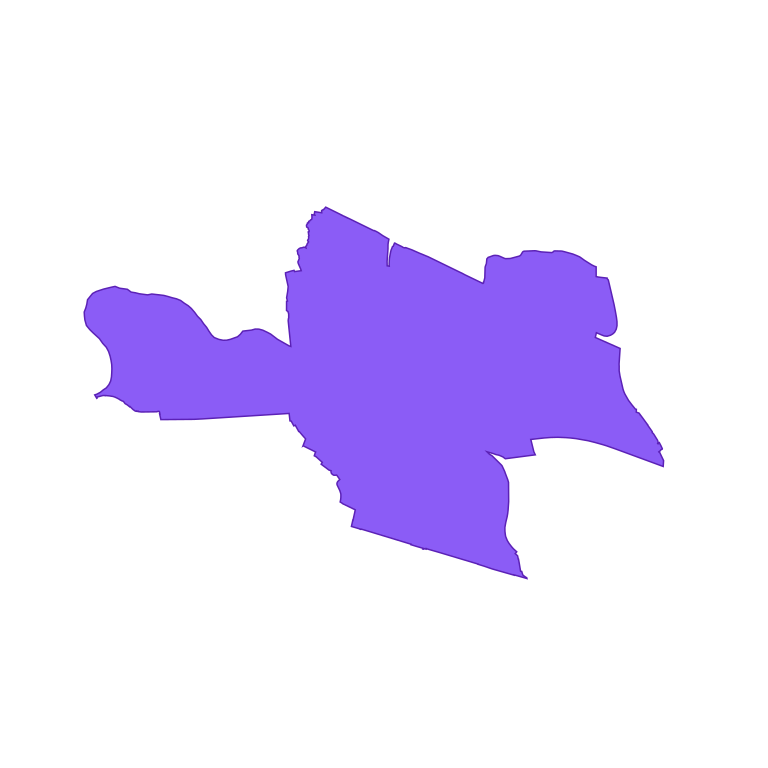 outline of Maasgouw, Limburg, Netherlands, rotated 55°
{"feature_id": "6326949B12614711390574", "entity_name": "Maasgouw", "entity_type": "district", "adm_level": 2, "iso_a3": "NLD", "parent_name": "Netherlands", "parent_adm1": "Limburg", "projection": "natural_earth1", "projection_center": [5.882, 51.158], "detail": "fine", "context": "isolated", "style": "filled", "palette": "violet", "viewbox_px": 768, "rotation_deg": 55, "n_neighbors": 0, "source": "geoboundaries", "source_scale": "gbopen_adm2", "svg_char_len": 6062}
<svg xmlns="http://www.w3.org/2000/svg" viewBox="0 0 768 768"><g transform="rotate(55 384 384)"><path d="M611.7,202.6L607.1,198.9L597.5,197.3L597.4,197.8L597.2,197.8L597.2,196.3L596.7,194.8L597.0,193.6L596.6,193.1L593.2,192.5L589.9,192.1L589.9,193.0L590.2,193.8L589.7,194.0L589.0,193.0L588.0,192.5L587.0,192.2L579.9,191.8L578.5,191.9L577.7,192.2L576.9,191.6L568.7,191.6L568.7,191.4L566.0,191.5L560.0,191.6L557.1,191.7L556.6,191.9L556.4,191.7L554.0,191.8L551.8,193.5L549.5,191.8L548.7,192.5L543.1,192.9L537.6,193.1L530.2,192.4L527.8,191.9L525.4,191.2L512.8,186.1L508.1,183.8L504.4,181.2L502.5,180.0L490.3,170.2L467.1,184.2L463.8,180.6L468.8,177.5L470.9,176.1L472.9,173.8L474.0,170.4L474.2,168.0L473.9,165.5L472.3,162.3L469.9,159.7L466.6,157.4L462.8,155.4L456.8,152.6L450.7,149.9L427.5,140.6L425.6,140.8L425.2,140.5L421.3,144.9L419.5,146.9L417.7,148.6L409.7,143.0L408.0,144.2L405.4,145.6L397.8,148.8L394.0,150.1L392.1,150.8L389.0,152.7L385.8,154.8L378.8,160.6L377.1,162.1L372.9,167.8L372.6,168.6L372.8,170.2L372.7,170.8L372.5,171.3L365.9,179.5L362.0,183.2L361.1,184.4L355.6,193.0L355.4,193.5L355.3,194.1L355.4,194.8L356.8,198.0L356.9,199.1L356.8,199.8L356.2,201.5L353.8,208.1L353.4,208.9L351.0,212.6L350.1,213.3L345.6,216.0L344.2,217.0L342.5,219.0L342.1,219.6L341.5,220.7L340.3,225.2L340.0,225.9L340.5,228.0L344.1,231.1L345.8,233.6L346.6,234.4L354.8,240.5L358.0,244.2L357.8,244.3L358.4,245.0L358.4,245.3L340.9,255.1L337.5,256.8L337.1,257.1L305.0,274.9L303.3,276.0L299.5,278.4L297.4,279.8L290.1,284.2L284.7,288.0L284.7,288.3L284.0,289.3L282.9,290.1L281.8,290.5L276.8,293.3L274.7,294.3L274.6,294.6L276.5,297.5L276.3,298.2L278.3,301.2L278.3,301.3L279.5,302.7L283.8,307.1L285.3,308.4L288.7,311.0L290.5,312.1L289.0,313.6L285.4,311.2L275.3,303.0L273.7,301.9L271.8,300.5L270.2,299.0L268.2,296.9L266.1,297.9L261.8,299.9L256.7,301.8L254.3,303.0L252.8,303.9L252.8,304.1L251.9,304.8L250.8,305.4L229.4,317.2L225.7,319.3L225.9,319.3L221.4,321.8L221.4,321.7L205.7,330.3L206.5,333.5L206.3,333.6L206.1,335.6L208.0,336.8L203.1,341.9L203.9,342.7L204.6,343.5L206.0,343.8L203.9,346.0L206.0,347.3L206.9,348.0L207.6,348.7L207.7,349.0L207.5,349.7L207.5,350.1L207.8,350.7L207.6,352.4L207.8,352.7L208.4,352.9L208.7,353.2L208.7,353.5L208.2,354.1L208.2,354.4L209.0,355.2L209.4,356.4L209.9,356.7L211.0,357.3L211.4,357.2L212.1,356.8L212.6,356.7L213.0,356.7L213.5,357.2L215.3,357.3L215.6,357.4L216.3,358.1L216.2,358.3L215.9,358.7L216.0,358.9L217.2,359.4L218.2,360.0L219.3,360.3L219.5,360.5L219.7,361.1L220.7,361.6L222.0,362.8L222.4,364.1L222.7,364.3L223.0,364.4L224.1,364.2L224.4,364.4L224.7,365.4L225.3,366.9L226.1,367.7L226.4,369.1L227.3,369.8L227.7,369.9L226.5,370.6L226.0,371.0L225.2,373.4L224.6,374.4L224.4,375.8L224.7,377.8L225.0,378.6L225.5,378.9L226.2,379.0L227.9,380.0L228.6,380.1L229.7,380.0L230.7,380.4L231.9,381.2L232.5,381.3L234.6,384.5L236.1,385.1L242.0,386.3L243.7,386.8L240.6,392.8L239.3,392.5L238.1,395.6L236.4,400.9L237.8,401.8L239.6,402.6L249.2,406.6L252.9,409.8L257.6,414.4L260.7,415.5L260.4,416.4L267.9,421.7L269.5,421.1L271.9,421.9L275.1,424.1L275.7,424.9L277.2,426.2L299.8,438.8L298.3,439.9L286.3,445.6L278.1,448.2L274.8,449.9L270.4,452.4L267.3,455.0L265.1,458.0L263.8,461.7L259.7,469.3L260.9,473.2L261.3,476.9L259.3,484.2L257.9,487.7L255.9,490.7L252.7,493.7L248.6,496.4L244.9,497.1L240.5,497.1L235.9,496.8L231.0,497.2L226.1,497.1L221.5,497.9L216.7,498.0L211.6,498.5L207.5,499.5L203.4,501.2L198.9,502.7L195.2,505.1L191.9,508.0L188.5,510.7L185.2,513.5L182.4,516.6L177.1,522.6L175.4,526.5L169.8,532.6L166.6,535.4L163.7,538.4L159.2,539.9L153.9,545.6L149.8,548.3L148.2,552.1L145.4,559.3L143.2,566.6L142.7,570.8L144.9,578.5L148.1,581.6L150.7,584.7L153.1,588.3L156.5,590.4L160.0,592.3L165.4,594.2L170.7,593.8L175.1,593.0L183.6,591.1L189.5,591.1L194.7,590.4L199.5,591.0L204.1,592.4L208.2,594.1L211.9,595.9L215.5,598.2L218.8,600.7L221.9,603.2L224.7,606.1L226.7,609.6L227.9,613.7L227.8,617.5L228.1,621.2L227.6,625.2L227.0,627.2L231.0,627.5L231.0,627.1L230.9,627.0L230.2,626.8L230.1,626.6L232.2,620.9L233.0,619.7L233.7,619.1L233.6,618.9L233.8,618.6L234.9,617.4L235.1,617.1L236.2,615.8L238.8,613.1L240.6,611.8L242.7,610.6L245.1,609.4L245.5,609.4L246.1,609.1L246.3,608.9L247.3,608.5L248.5,607.6L249.2,607.4L250.9,607.4L251.7,607.3L253.8,606.3L256.9,605.4L256.8,605.0L261.0,604.2L263.5,603.3L264.5,602.3L264.3,602.1L264.8,601.7L265.4,600.9L265.7,601.1L267.7,598.9L276.0,586.7L276.4,586.1L276.9,584.6L277.7,583.8L278.8,584.2L280.1,584.8L279.9,585.0L285.2,587.2L303.9,560.0L308.3,553.0L353.7,478.6L360.3,482.2L361.2,481.3L366.6,481.9L366.9,480.3L374.0,481.1L374.2,480.7L379.8,480.2L384.0,479.7L388.2,485.8L388.2,485.7L400.5,479.0L400.8,479.6L402.8,482.3L404.8,481.3L412.8,479.5L413.6,481.5L423.1,478.4L424.6,477.1L425.2,477.6L426.0,478.0L427.3,478.4L429.6,477.7L430.5,476.7L431.5,475.0L436.9,475.0L437.3,477.7L437.8,478.8L438.6,479.7L439.5,480.2L440.3,480.4L445.8,481.3L447.5,481.8L449.0,482.3L450.1,482.9L452.3,484.5L453.9,485.9L455.5,487.6L457.0,486.9L458.4,486.5L470.6,479.7L477.8,487.5L477.6,487.6L482.0,492.4L489.5,486.4L489.6,486.6L489.9,486.3L489.9,485.8L497.1,480.1L530.8,453.7L531.1,454.1L535.6,450.6L541.2,446.1L541.5,446.8L542.1,446.2L541.9,445.5L543.4,444.3L542.9,443.9L543.1,443.7L543.2,443.8L554.1,435.0L585.5,410.2L585.6,410.4L590.5,406.6L597.5,401.5L615.1,387.2L614.8,387.1L617.8,384.6L625.3,378.5L624.4,378.2L624.0,378.5L623.3,378.8L621.2,379.5L620.0,379.8L616.5,378.7L615.7,379.5L608.8,376.2L604.7,374.3L604.6,374.5L601.3,373.1L598.2,373.8L597.6,371.5L593.2,372.5L590.6,372.8L586.3,373.0L583.0,372.8L578.6,371.8L576.4,370.7L574.0,369.4L570.9,367.3L569.9,366.3L567.2,363.6L563.3,359.2L561.2,357.1L558.5,354.7L551.8,349.3L536.0,338.4L533.3,337.5L526.6,335.8L524.9,335.3L518.7,334.2L517.6,334.3L505.1,336.6L504.3,336.8L502.1,337.9L498.6,338.5L503.8,334.3L506.0,332.8L508.0,330.9L509.3,330.0L512.0,328.4L514.8,327.5L528.8,300.7L525.4,300.1L514.6,295.9L513.6,295.6L520.1,283.7L523.5,278.0L527.4,272.1L532.3,265.7L535.0,262.4L539.0,257.9L547.6,249.3L552.9,244.7L559.0,239.7L562.2,237.2L570.0,231.6L611.7,202.6Z" fill="#8b5cf6" stroke="#5b21b6" stroke-width="1.5"/></g></svg>